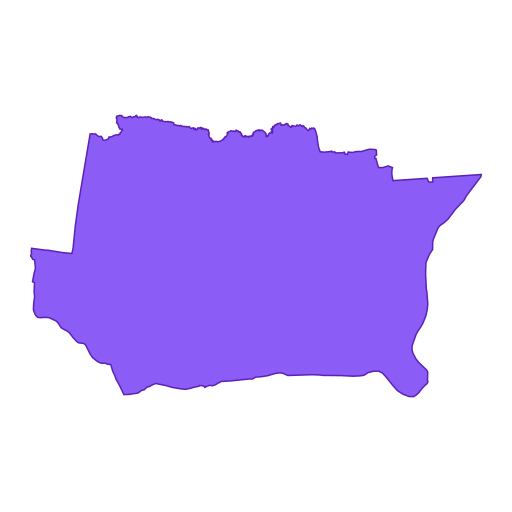 Sai Ngam, Kamphaeng Phet, Thailand (Mercator projection)
{"feature_id": "78962969B50416991150341", "entity_name": "Sai Ngam", "entity_type": "district", "adm_level": 2, "iso_a3": "THA", "parent_name": "Thailand", "parent_adm1": "Kamphaeng Phet", "projection": "mercator", "projection_center": [99.833, 16.445], "detail": "fine", "context": "isolated", "style": "filled", "palette": "violet", "viewbox_px": 512, "rotation_deg": 0, "n_neighbors": 0, "source": "geoboundaries", "source_scale": "gbopen_adm2", "svg_char_len": 6077}
<svg xmlns="http://www.w3.org/2000/svg" viewBox="0 0 512 512"><path d="M90.1,134.0L78.4,203.6L75.4,225.2L73.0,248.6L71.9,253.5L62.6,252.6L47.9,250.2L46.9,250.1L46.5,250.3L31.6,248.3L31.2,251.4L31.6,253.7L30.8,255.1L30.7,256.2L31.8,257.4L32.7,259.3L34.7,260.0L35.4,268.5L34.2,272.9L32.5,281.7L34.5,282.7L34.1,291.4L34.6,297.1L33.7,303.1L33.4,309.0L33.5,310.2L35.1,314.3L36.0,315.7L37.6,317.3L40.2,317.7L45.2,317.4L48.8,317.6L55.4,320.6L56.7,321.5L58.2,323.1L60.5,326.8L62.0,328.4L66.8,330.9L69.2,332.6L73.5,338.1L76.7,341.5L78.7,342.9L83.2,343.3L85.2,344.5L86.0,345.6L89.9,353.6L91.2,355.6L92.8,357.8L97.6,361.6L100.4,362.9L102.5,363.3L105.2,363.1L107.5,364.3L110.1,364.4L110.9,364.8L112.6,370.9L114.8,375.6L116.0,379.1L119.2,384.8L123.9,394.6L129.1,394.4L137.7,393.1L138.7,392.6L141.3,390.6L144.3,389.7L146.8,387.3L150.2,386.2L152.0,385.0L155.7,383.5L165.2,385.4L172.7,387.5L181.1,388.9L185.6,389.3L190.2,388.4L194.2,387.2L199.1,386.2L199.5,385.5L201.9,385.7L204.1,386.2L204.7,387.4L205.3,387.3L206.2,386.5L209.8,385.3L212.3,385.8L214.8,385.0L216.9,383.9L217.6,383.2L219.3,382.7L220.9,381.5L231.9,380.8L249.1,379.0L252.4,379.0L255.7,377.1L260.7,376.8L267.7,375.7L275.2,373.5L277.4,373.1L279.8,372.9L282.6,373.2L287.9,375.5L311.9,374.7L320.1,375.0L322.7,375.4L341.4,375.6L352.9,376.2L359.7,375.9L363.9,375.3L368.1,372.6L373.6,371.2L378.8,371.2L382.5,373.1L385.8,376.7L392.9,385.5L397.5,390.7L403.3,394.4L409.3,396.6L413.7,396.6L416.1,395.1L418.8,392.7L421.0,389.7L424.4,385.9L426.9,383.8L427.5,382.9L427.9,381.3L427.5,380.0L427.7,372.5L427.5,371.5L426.6,370.0L418.6,362.3L415.8,358.7L413.1,353.5L412.4,351.5L412.0,349.0L412.1,346.3L412.7,344.0L416.1,334.4L418.1,330.8L420.6,327.2L422.7,323.6L425.1,317.9L426.1,315.0L427.2,309.7L427.8,304.1L426.9,292.4L426.3,288.6L425.6,274.5L425.9,262.6L429.6,254.0L432.6,249.6L432.7,241.8L433.5,239.0L437.8,228.4L439.7,225.8L444.1,222.6L448.0,219.1L455.5,209.2L463.5,200.9L464.4,199.6L466.3,196.0L480.8,176.8L481.3,174.5L432.6,177.8L432.7,182.0L428.7,182.1L427.1,178.3L393.0,180.6L392.1,176.4L391.8,172.8L392.1,169.0L392.5,167.6L388.2,165.9L382.7,167.6L378.5,167.5L375.9,158.4L375.1,158.6L374.5,157.7L375.0,156.0L376.6,154.9L376.3,150.0L374.9,149.5L370.2,149.2L368.1,149.5L361.0,151.6L359.4,151.4L356.1,151.6L352.3,152.5L348.2,152.0L347.6,154.3L345.0,154.1L344.9,153.3L344.1,152.1L343.2,152.8L335.4,152.9L334.8,151.9L331.9,152.0L331.7,151.2L327.7,151.9L326.1,151.8L325.8,152.2L325.5,152.2L320.2,151.8L318.7,147.7L318.2,145.4L317.3,138.9L317.2,136.7L315.7,131.3L314.6,128.5L313.9,128.7L313.6,128.1L312.9,128.5L311.6,128.0L310.7,129.2L309.7,128.5L309.1,129.8L308.2,130.5L307.0,129.6L305.8,127.9L304.6,127.6L303.9,126.2L303.0,125.7L302.5,126.5L301.6,126.4L300.9,125.2L300.1,124.9L299.8,124.9L299.0,125.8L297.0,125.0L296.5,125.9L295.3,126.3L293.5,125.9L292.9,126.1L292.6,125.7L292.0,125.6L291.5,126.2L291.3,127.3L290.9,127.5L289.2,126.0L288.1,125.6L288.1,124.3L287.4,123.7L286.0,123.6L285.5,124.4L284.5,124.5L283.9,125.2L282.6,124.9L281.5,125.3L281.3,125.2L281.4,124.6L280.3,123.0L278.4,123.7L277.3,123.6L276.6,124.8L275.6,124.7L275.0,125.2L274.4,125.4L274.4,126.1L274.2,126.8L272.8,126.6L272.8,128.2L272.3,128.0L272.1,128.5L271.3,128.8L271.2,129.6L271.6,130.1L272.4,129.8L272.6,131.7L272.4,132.5L271.8,131.7L271.2,131.8L271.4,133.0L269.4,133.1L268.6,134.2L268.3,135.3L267.8,136.0L266.8,136.6L266.4,136.5L266.2,136.2L266.7,135.8L266.8,135.4L265.9,134.6L266.0,133.8L265.2,132.5L262.0,130.1L261.2,130.5L260.0,130.0L259.9,130.4L259.2,130.7L259.1,130.3L258.5,130.0L258.2,130.3L257.6,130.2L255.8,130.8L254.8,131.9L253.4,132.3L253.5,133.7L252.6,134.2L253.1,135.0L252.6,135.3L252.2,136.2L251.7,136.3L251.2,135.8L249.9,136.6L249.4,136.3L248.7,137.0L248.2,136.4L247.8,136.7L247.0,136.4L246.3,136.5L245.7,135.8L245.1,135.7L244.7,135.9L244.6,136.9L243.9,136.6L243.0,136.7L242.7,136.0L241.5,135.3L241.8,134.7L241.3,133.5L240.7,133.3L240.3,132.0L239.6,131.8L239.3,132.3L239.0,132.3L237.9,130.8L236.8,130.6L236.4,130.2L235.9,130.3L235.8,131.4L235.6,131.6L234.3,131.4L233.8,130.9L232.6,131.4L232.0,131.0L230.5,130.8L229.8,131.5L227.4,132.4L227.1,133.0L227.7,133.5L227.6,134.1L226.1,136.6L225.6,136.6L225.6,137.1L224.7,137.2L223.7,138.6L223.6,139.5L222.6,139.5L222.1,140.1L220.0,141.4L219.6,141.3L218.5,141.7L217.2,141.6L216.0,141.3L215.0,141.7L214.0,141.3L213.4,141.9L212.9,142.0L212.4,141.8L212.6,140.5L211.6,140.3L211.8,139.8L211.6,139.1L210.8,139.0L210.8,138.1L209.7,137.9L209.1,136.7L209.1,135.8L208.4,134.6L208.5,134.3L209.1,134.1L209.2,133.9L208.7,133.0L209.0,132.3L208.3,130.8L208.4,130.1L207.9,129.7L207.1,129.9L206.2,129.0L205.6,129.0L205.0,129.6L204.4,129.0L203.5,129.0L203.4,128.4L203.2,128.3L202.9,128.8L202.3,128.8L201.5,129.3L201.1,128.9L201.6,127.8L200.3,127.4L199.1,128.3L198.1,127.9L197.5,128.1L197.4,129.0L197.0,129.7L196.1,129.9L195.6,128.9L195.1,129.5L193.9,129.3L193.9,128.8L194.3,128.3L193.8,127.9L193.0,127.9L191.5,128.4L190.4,128.1L189.1,126.6L187.3,127.0L186.5,126.6L182.7,126.4L180.6,125.4L179.5,126.0L178.3,125.4L177.0,125.5L175.3,124.8L174.5,125.0L173.7,124.5L173.7,122.9L170.8,121.8L169.3,122.0L168.2,121.5L165.8,121.7L162.8,121.4L162.5,121.2L162.5,120.4L161.6,119.8L161.1,120.0L160.5,121.0L159.8,121.0L159.1,119.8L157.5,119.3L156.2,119.8L155.7,119.7L154.8,119.0L152.9,118.4L151.6,118.5L150.8,117.3L149.4,117.2L148.5,116.7L147.7,116.9L146.8,117.5L145.3,116.9L142.5,117.4L140.8,117.0L139.6,117.0L139.0,117.5L138.0,117.5L137.1,116.9L137.3,116.2L136.5,116.0L136.1,115.4L134.8,116.9L133.8,116.7L131.9,117.6L131.6,117.6L130.9,116.6L130.2,116.3L129.6,116.7L128.5,116.8L127.7,117.4L126.4,117.6L123.3,117.4L122.6,116.5L122.0,116.3L121.8,115.6L119.3,115.4L118.4,115.9L116.9,116.1L116.5,116.7L116.3,118.0L116.9,119.0L116.9,121.5L116.6,122.0L116.8,123.1L118.0,124.0L119.0,127.5L120.1,129.2L122.2,129.1L122.5,129.6L122.5,130.1L121.5,130.9L121.2,132.0L120.3,132.7L119.7,134.3L118.8,134.3L118.3,135.0L116.7,134.8L114.1,135.4L111.2,136.9L109.0,137.0L108.6,138.3L107.9,139.1L105.1,140.3L103.0,140.1L102.4,137.9L101.2,136.3L99.2,136.5L97.9,136.0L95.5,133.9L93.0,134.1L91.9,133.7L90.1,134.0Z" fill="#8b5cf6" stroke="#5b21b6" stroke-width="1.5"/></svg>